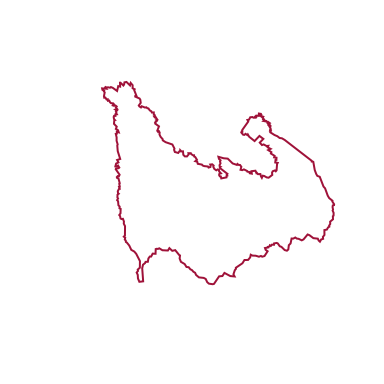 Ciénaga, Magdalena, Colombia, rotated 126°
{"feature_id": "7082276B78010874315873", "entity_name": "Ciénaga", "entity_type": "district", "adm_level": 2, "iso_a3": "COL", "parent_name": "Colombia", "parent_adm1": "Magdalena", "projection": "equal_earth", "projection_center": [-74.061, 10.857], "detail": "fine", "context": "isolated", "style": "outline", "palette": "rose", "viewbox_px": 384, "rotation_deg": 126, "n_neighbors": 0, "source": "geoboundaries", "source_scale": "gbopen_adm2", "svg_char_len": 6025}
<svg xmlns="http://www.w3.org/2000/svg" viewBox="0 0 384 384"><g transform="rotate(126 192 192)"><path d="M295.6,181.8L293.0,179.0L282.9,187.5L279.6,188.9L277.1,188.2L275.8,188.5L274.4,186.7L271.4,188.2L269.0,188.2L268.2,187.1L265.0,187.6L263.4,185.2L259.5,187.8L258.6,187.1L258.1,186.1L256.8,185.4L256.5,181.7L253.5,177.1L250.7,177.3L251.2,173.4L248.9,171.4L250.5,165.4L250.4,164.4L253.1,162.9L255.0,159.9L254.6,155.6L255.9,152.4L254.8,150.5L255.5,147.9L255.2,146.1L255.7,144.0L255.5,142.0L256.7,140.0L257.0,136.2L254.6,132.0L254.3,129.8L256.0,126.7L256.2,124.4L254.4,121.0L253.4,120.2L244.3,120.5L242.1,118.0L238.4,118.2L237.5,111.6L235.3,107.9L234.2,110.1L230.1,111.4L228.3,111.3L227.5,112.0L220.0,109.3L216.2,109.6L214.0,106.7L210.7,106.5L208.2,107.6L207.9,105.7L206.1,103.0L205.0,99.8L203.2,98.6L203.1,97.2L201.2,95.7L195.5,96.0L195.5,98.4L194.4,100.0L192.1,97.8L191.7,98.3L190.2,97.2L189.3,97.6L189.1,96.5L187.6,96.4L186.5,94.7L185.4,95.4L183.4,93.5L183.2,92.3L184.3,89.1L183.8,87.4L184.5,82.9L183.7,80.7L181.9,80.3L178.1,82.4L175.7,82.0L171.1,84.1L170.2,82.7L168.1,81.7L168.1,79.9L167.2,78.2L166.6,74.8L164.8,73.9L158.4,73.5L157.9,71.6L158.0,66.7L155.8,62.8L156.8,61.0L157.0,59.3L154.5,59.6L152.8,58.4L151.4,59.7L148.9,59.6L145.0,62.5L143.1,60.8L140.7,61.1L139.3,60.5L138.6,61.3L136.6,61.4L134.8,62.8L131.2,61.9L128.8,63.8L127.9,63.6L125.6,65.2L124.4,67.3L123.4,67.5L121.6,69.4L120.1,70.2L119.1,69.4L118.4,69.8L117.2,72.9L116.5,73.2L116.3,77.4L115.2,80.0L110.8,86.5L110.3,88.8L104.6,97.6L105.3,100.1L104.4,102.1L102.1,105.6L96.3,111.6L96.6,113.0L97.6,112.4L96.4,113.6L95.4,147.6L95.7,150.8L96.8,152.9L96.7,155.7L97.4,158.7L97.7,163.7L96.3,164.1L96.7,164.9L95.7,165.4L94.8,165.2L93.6,167.7L93.5,166.8L92.4,167.3L92.5,168.3L93.0,167.9L93.0,168.9L92.1,168.5L91.3,169.2L91.8,169.4L91.2,170.0L91.6,170.4L92.1,169.6L91.9,170.9L90.6,170.0L90.6,171.7L91.3,171.9L90.9,173.7L91.2,174.2L91.5,173.7L92.0,174.8L91.7,174.6L91.5,175.1L91.9,174.9L92.2,175.4L91.4,175.2L91.2,175.7L91.7,176.9L91.2,177.9L91.6,178.0L90.7,177.8L90.4,178.4L90.2,177.6L90.0,178.9L89.3,178.8L89.5,179.4L90.3,179.1L90.2,181.1L89.7,181.6L89.8,180.9L88.9,181.2L89.1,182.2L88.4,182.4L89.2,184.0L91.2,182.8L92.5,185.0L93.7,185.2L93.8,184.0L94.3,184.0L95.8,186.1L95.8,187.1L97.3,188.8L100.0,188.4L101.1,189.5L102.0,187.9L112.2,187.8L113.5,186.8L113.8,187.4L114.9,187.1L115.6,184.3L115.0,183.2L113.5,182.9L113.4,180.7L112.6,180.7L113.7,178.2L114.0,171.3L107.0,170.4L107.1,165.5L112.2,166.2L112.9,163.0L111.4,162.0L111.0,158.7L109.8,157.4L111.4,157.0L110.9,153.8L113.3,155.0L113.1,151.2L114.5,150.8L114.2,146.4L115.7,145.9L114.6,143.8L116.4,142.6L116.9,143.3L119.2,142.0L118.1,139.8L119.4,139.6L124.8,136.3L126.0,136.4L125.8,137.6L127.8,138.9L129.3,138.6L131.0,137.1L135.4,138.4L136.3,140.2L136.6,143.0L137.2,144.3L139.5,143.8L138.8,145.4L137.3,147.2L138.8,149.2L138.3,151.0L138.8,151.1L137.5,153.2L140.2,156.1L142.0,154.4L142.9,156.3L142.0,157.1L143.0,159.2L142.6,159.8L143.2,163.3L144.8,164.2L145.5,165.8L142.6,166.9L141.9,169.0L142.7,170.3L142.6,171.7L143.7,171.6L145.0,175.9L144.0,182.7L146.1,186.2L148.0,191.3L149.4,189.6L149.6,187.5L151.0,187.2L152.0,185.8L154.1,185.5L155.0,184.5L154.9,183.9L155.5,184.2L156.2,183.4L156.5,174.0L157.5,174.1L158.0,173.1L158.6,173.5L159.9,172.7L163.8,176.3L162.5,177.8L163.0,178.7L162.3,180.1L161.0,180.6L159.9,179.6L159.3,182.3L158.3,183.2L158.5,184.4L160.2,185.1L160.2,187.5L159.1,189.6L157.9,190.0L157.7,191.9L159.0,193.3L159.3,192.6L161.0,191.8L162.5,193.0L162.0,194.1L163.9,197.4L164.3,199.0L164.0,200.1L165.8,203.9L164.4,205.6L165.1,207.4L163.0,207.0L161.8,209.9L162.0,211.1L161.1,211.9L161.7,212.7L161.8,215.0L161.3,215.8L162.7,217.7L163.4,216.8L166.2,217.0L167.4,218.7L167.0,220.9L164.4,223.2L165.4,224.4L165.1,226.1L166.1,225.5L166.5,226.1L168.5,226.1L169.7,229.4L168.4,231.3L167.2,231.7L165.1,235.8L167.2,242.6L167.4,246.0L166.5,246.8L165.8,249.9L164.6,252.1L162.8,253.2L162.8,254.2L162.2,254.5L162.3,255.2L163.2,255.1L162.9,256.1L158.3,257.3L158.3,261.8L157.7,262.0L157.6,263.4L157.2,262.3L156.0,262.9L155.2,262.2L154.0,262.4L154.0,263.3L153.7,263.0L152.7,265.6L153.4,266.3L153.1,267.1L152.4,266.5L151.6,267.6L151.6,268.6L150.1,269.7L151.3,271.2L150.6,272.4L150.8,274.1L150.0,276.4L150.5,277.3L150.3,278.7L151.3,279.6L152.2,283.1L153.6,283.0L153.7,284.9L153.3,285.9L150.0,285.9L147.7,288.1L147.2,289.4L148.2,294.0L147.7,294.3L146.9,293.4L143.5,298.7L142.6,298.8L143.0,301.0L140.5,302.8L139.8,305.7L142.2,304.8L141.5,309.7L143.0,311.1L145.0,310.1L146.2,310.1L145.6,314.1L145.9,314.5L149.0,312.1L149.7,313.9L154.3,312.0L154.3,317.3L154.8,319.3L155.8,319.6L156.7,321.6L157.5,322.0L157.9,323.7L158.6,323.7L158.9,322.2L161.0,325.6L162.0,324.5L161.7,322.6L162.4,322.4L162.7,321.2L166.3,319.5L167.3,318.4L166.5,317.6L167.4,315.5L166.5,314.7L167.6,313.6L166.7,312.7L167.6,311.1L167.7,309.7L166.6,307.8L166.8,307.1L168.5,307.0L168.1,305.7L167.2,305.6L167.0,304.5L167.1,303.2L168.4,303.2L168.9,301.3L170.3,302.4L170.2,300.7L171.4,301.0L171.8,300.1L172.7,299.9L173.3,298.5L174.3,299.6L175.4,298.7L176.2,299.8L177.3,299.5L178.8,298.0L179.1,296.7L179.5,297.1L182.7,295.2L183.4,291.3L185.7,290.7L185.5,288.2L186.8,286.3L187.5,288.2L189.0,287.1L189.8,287.8L192.1,285.1L194.9,283.1L197.2,280.1L198.3,279.8L202.6,276.1L207.5,269.5L210.1,271.4L211.3,268.9L213.6,270.1L216.2,269.1L215.1,267.7L214.1,267.4L215.0,265.2L215.9,265.4L217.6,267.3L218.4,267.1L220.6,260.7L222.2,260.4L222.7,261.4L224.1,261.6L224.6,261.1L224.3,259.4L227.4,255.6L228.1,255.7L230.1,253.6L230.7,254.1L231.9,252.4L232.4,252.9L235.0,252.5L236.5,251.1L236.5,250.3L237.9,250.7L240.2,249.2L240.7,248.0L242.6,247.8L242.9,246.4L246.0,243.7L246.3,242.0L247.8,241.1L247.6,239.8L251.3,237.3L253.4,237.3L253.7,236.1L255.4,234.3L255.3,233.1L254.3,232.1L255.9,229.7L257.7,228.6L259.0,226.1L266.6,220.7L268.2,220.9L268.2,219.2L270.0,218.4L270.2,217.1L271.3,216.1L271.2,215.0L272.2,211.3L274.5,207.1L274.1,203.7L274.8,200.8L278.5,193.5L283.9,189.7L286.7,190.3L287.6,189.3L289.7,189.4L290.9,187.2L293.7,184.9L295.6,181.8Z" fill="none" stroke="#9f1239" stroke-width="2"/></g></svg>